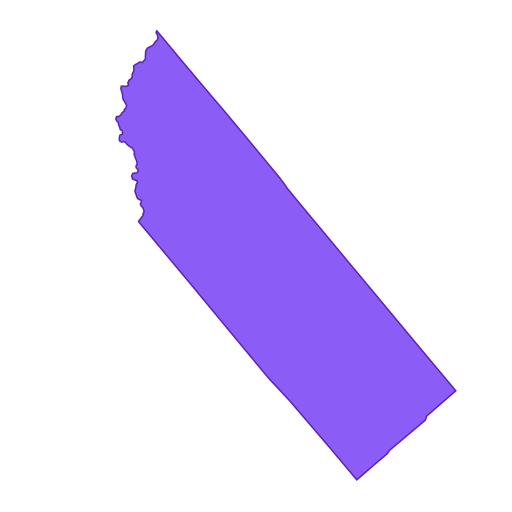 outline of Sheridan, Wyoming, United States of America, rotated 50°
{"feature_id": "52423323B2027306214362", "entity_name": "Sheridan", "entity_type": "district", "adm_level": 2, "iso_a3": "USA", "parent_name": "United States of America", "parent_adm1": "Wyoming", "projection": "robinson", "projection_center": [-107.487, 44.779], "detail": "fine", "context": "isolated", "style": "filled", "palette": "violet", "viewbox_px": 512, "rotation_deg": 50, "n_neighbors": 0, "source": "geoboundaries", "source_scale": "gbopen_adm2", "svg_char_len": 1887}
<svg xmlns="http://www.w3.org/2000/svg" viewBox="0 0 512 512"><g transform="rotate(50 256 256)"><path d="M428.4,189.5L353.2,189.2L273.4,188.9L272.3,188.9L248.9,188.8L233.2,188.7L227.2,188.5L224.7,188.6L219.6,188.0L214.6,187.8L212.5,187.6L158.6,187.2L123.7,187.1L104.8,187.3L95.0,187.3L94.8,187.3L59.6,187.4L19.7,187.2L19.7,187.4L20.6,188.9L23.4,189.5L25.7,190.8L27.0,192.6L27.0,194.3L27.4,196.6L28.0,198.1L28.2,199.6L28.0,201.0L27.7,202.5L26.9,205.4L28.1,208.8L29.9,210.5L32.2,212.6L34.1,214.3L34.3,216.4L34.7,217.7L34.5,219.0L34.0,219.2L32.6,220.3L32.3,223.5L31.8,225.2L31.7,227.6L34.0,229.1L35.5,230.5L37.2,234.1L38.9,235.5L39.5,235.9L39.9,238.2L39.7,240.5L40.6,241.6L40.6,242.4L41.2,243.1L41.9,243.0L43.2,244.1L43.0,245.2L41.8,247.5L40.7,248.3L39.3,250.1L41.1,252.1L46.1,254.2L48.1,255.6L50.3,257.0L54.4,257.7L57.4,258.3L59.1,260.6L59.0,262.2L59.5,263.2L60.4,263.6L60.2,265.2L60.2,266.6L61.0,268.7L61.0,271.5L59.6,273.0L59.8,273.6L60.9,275.3L63.4,276.0L64.9,275.5L67.4,277.0L70.3,277.9L71.9,278.8L73.6,278.0L75.4,278.7L76.7,280.1L76.0,282.7L77.2,284.3L78.6,285.7L80.1,286.5L80.8,286.3L82.4,285.7L83.0,284.5L84.6,282.9L86.9,283.1L89.9,282.7L91.8,282.1L94.2,281.4L98.0,282.1L99.9,284.1L103.0,285.2L106.8,286.5L109.4,288.1L109.8,289.9L111.4,291.1L113.8,290.9L115.5,292.0L115.7,294.3L114.4,295.5L113.5,297.3L114.7,299.9L117.9,301.1L120.8,299.4L121.6,298.7L123.6,299.9L124.2,301.8L126.1,303.8L128.2,306.8L129.6,307.6L131.9,308.4L133.7,309.2L135.9,309.8L136.6,309.5L137.7,309.2L138.4,308.7L139.8,308.0L141.0,309.4L141.8,311.2L143.9,311.8L145.8,311.6L147.7,312.1L149.4,312.8L150.5,313.8L150.9,315.3L152.4,316.7L152.6,318.0L153.2,320.4L153.8,323.2L154.2,323.9L237.8,324.1L292.2,324.5L358.0,324.9L388.1,323.3L450.1,322.7L492.3,322.7L491.9,300.3L491.8,282.6L490.7,278.3L490.6,231.6L488.3,228.2L487.7,189.6L428.4,189.5L428.4,189.5Z" fill="#8b5cf6" stroke="#5b21b6" stroke-width="1.5"/></g></svg>